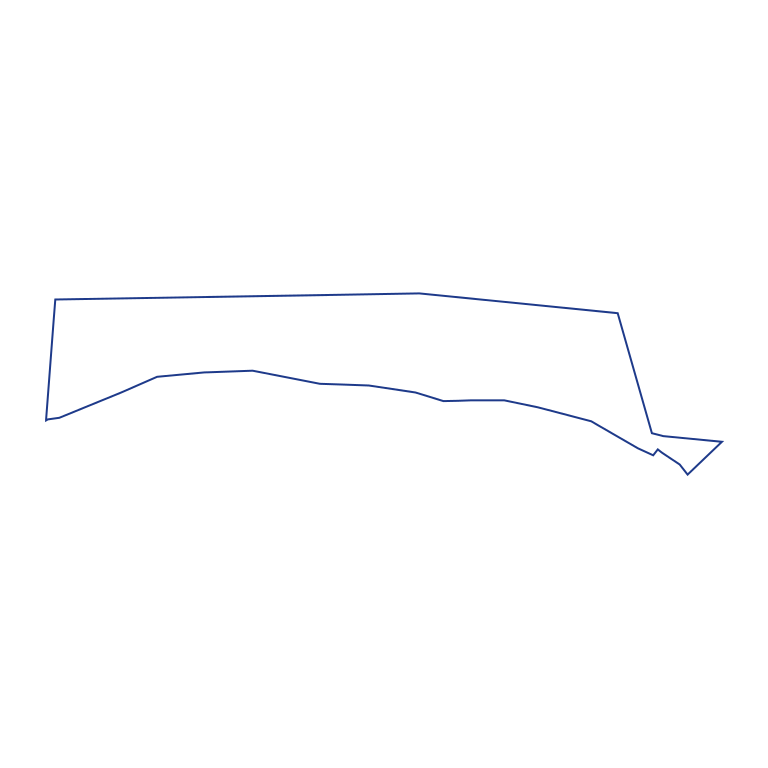 the district of Kennedy Highway, Laborie, Saint Lucia
{"feature_id": "8701671B1426599605087", "entity_name": "Kennedy Highway", "entity_type": "district", "adm_level": 2, "iso_a3": "LCA", "parent_name": "Saint Lucia", "parent_adm1": "Laborie", "projection": "robinson", "projection_center": [-60.995, 13.753], "detail": "fine", "context": "isolated", "style": "outline", "palette": "blue", "viewbox_px": 768, "rotation_deg": 0, "n_neighbors": 0, "source": "geoboundaries", "source_scale": "gbopen_adm2", "svg_char_len": 600}
<svg xmlns="http://www.w3.org/2000/svg" viewBox="0 0 768 768"><path d="M55.3,299.5L53.7,319.8L46.1,419.5L46.1,420.4L47.8,419.4L59.3,417.8L121.2,392.5L145.9,381.7L157.1,376.8L204.5,372.4L208.4,372.3L252.6,370.7L296.3,379.2L319.9,383.8L341.3,384.5L368.8,385.5L415.5,392.5L443.4,401.1L458.0,400.8L472.0,400.3L504.1,400.3L537.8,407.3L591.3,421.3L598.1,425.3L637.9,448.3L653.2,455.3L657.8,449.4L659.9,451.1L662.0,452.7L671.7,459.2L679.7,464.5L687.6,474.6L721.9,441.8L663.1,436.1L661.4,435.6L651.9,433.2L617.7,313.2L419.3,293.4L339.3,294.8L55.3,299.5Z" fill="none" stroke="#1e3a8a" stroke-width="2"/></svg>